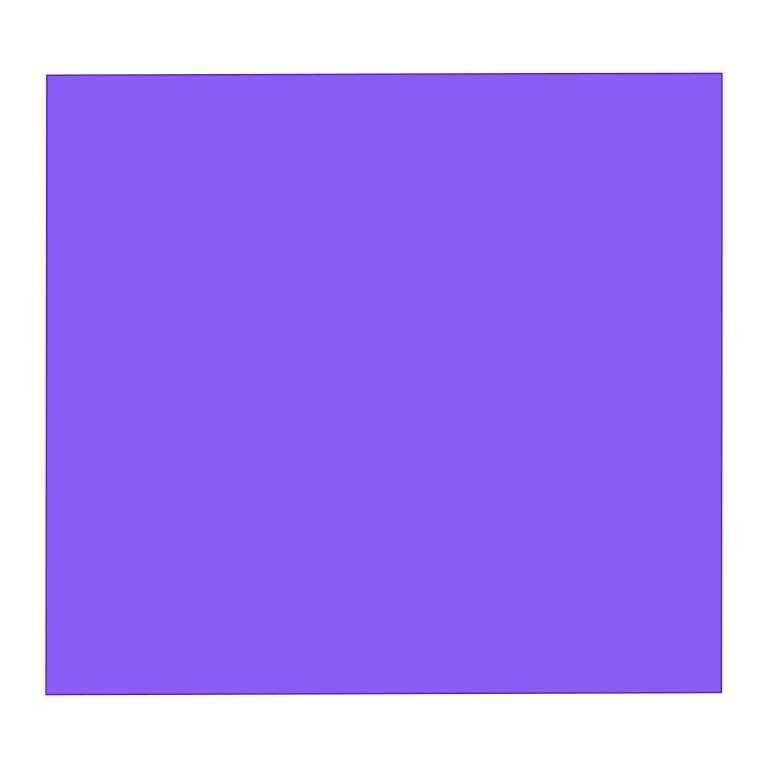 Pierce, Nebraska, United States of America
{"feature_id": "52423323B66217653244745", "entity_name": "Pierce", "entity_type": "district", "adm_level": 2, "iso_a3": "USA", "parent_name": "United States of America", "parent_adm1": "Nebraska", "projection": "robinson", "projection_center": [-97.585, 42.264], "detail": "fine", "context": "isolated", "style": "filled", "palette": "violet", "viewbox_px": 768, "rotation_deg": 0, "n_neighbors": 0, "source": "geoboundaries", "source_scale": "gbopen_adm2", "svg_char_len": 209}
<svg xmlns="http://www.w3.org/2000/svg" viewBox="0 0 768 768"><path d="M46.9,75.3L46.1,694.6L721.4,692.5L721.9,228.1L721.9,73.4L551.7,73.7L46.9,75.3Z" fill="#8b5cf6" stroke="#5b21b6" stroke-width="1.5"/></svg>